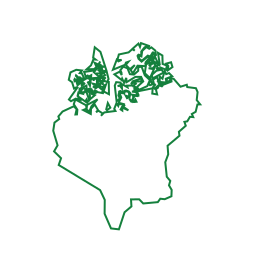 San Lorenzo, Valle, Honduras, rotated 154°
{"feature_id": "27666195B73827570061080", "entity_name": "San Lorenzo", "entity_type": "district", "adm_level": 2, "iso_a3": "HND", "parent_name": "Honduras", "parent_adm1": "Valle", "projection": "orthographic", "projection_center": [-87.426, 13.441], "detail": "fine", "context": "isolated", "style": "outline", "palette": "green", "viewbox_px": 256, "rotation_deg": 154, "n_neighbors": 0, "source": "geoboundaries", "source_scale": "gbopen_adm2", "svg_char_len": 6002}
<svg xmlns="http://www.w3.org/2000/svg" viewBox="0 0 256 256"><g transform="rotate(154 128 128)"><path d="M187.3,45.2L180.6,40.9L168.0,53.8L159.3,56.0L156.6,62.5L149.2,59.0L147.4,53.5L133.7,48.3L130.0,50.3L126.2,47.9L118.9,47.6L115.9,53.2L116.3,58.5L113.2,61.9L114.5,67.2L109.5,80.9L103.4,86.7L100.2,94.7L85.1,98.5L83.9,102.3L75.1,104.7L74.6,108.8L71.8,108.0L67.4,110.9L64.6,109.2L64.5,112.6L60.1,112.9L55.3,118.7L52.8,117.6L54.0,123.0L49.7,129.8L49.5,134.0L56.8,138.8L56.2,141.1L62.7,142.1L65.4,152.2L69.9,155.4L72.3,154.6L72.3,151.5L69.3,152.7L68.2,151.7L68.5,150.7L76.1,151.3L80.3,155.0L80.1,154.1L78.2,151.7L78.2,151.0L79.3,150.6L81.3,152.7L83.8,150.9L85.9,150.8L87.1,145.4L91.1,148.3L88.4,152.9L102.4,156.5L103.7,162.5L104.1,153.0L105.3,152.4L108.0,154.1L112.2,150.6L111.0,149.1L108.9,150.4L108.9,147.9L111.2,148.7L113.6,150.4L114.0,153.9L112.9,150.2L109.4,153.7L109.7,156.1L104.9,153.0L105.1,156.8L108.4,158.9L105.8,158.5L103.9,163.6L110.3,166.5L110.6,164.8L114.3,170.2L116.1,166.1L116.7,169.5L119.0,170.2L115.6,169.8L114.8,172.1L118.5,174.4L121.3,171.9L126.6,156.9L122.3,158.2L122.4,161.4L119.7,164.7L118.6,164.6L116.3,161.3L115.1,163.0L113.4,162.6L111.3,160.6L110.6,158.3L113.0,155.1L115.8,155.2L115.9,158.1L113.2,155.5L111.4,159.8L114.3,162.5L116.3,160.7L120.2,163.6L120.7,158.4L125.4,154.8L121.3,151.3L121.3,149.9L123.7,148.6L122.0,147.5L119.9,143.7L124.3,148.9L125.5,146.2L126.5,147.9L121.6,151.2L125.9,153.5L127.1,152.1L127.7,155.2L132.0,151.2L131.8,148.8L142.5,152.4L146.9,150.8L144.3,152.1L147.0,156.5L149.8,156.2L147.1,157.2L147.6,163.6L152.8,161.5L155.3,156.9L160.4,163.8L156.8,163.6L155.7,166.8L162.8,176.7L166.3,173.2L165.5,166.6L167.9,162.6L169.3,163.2L165.9,167.4L167.2,171.3L179.6,171.5L185.5,168.9L185.9,166.2L191.7,165.1L196.4,158.3L198.9,143.3L204.7,139.4L201.4,130.2L206.5,125.1L180.3,84.4L180.4,73.6L186.6,61.2L187.3,45.2ZM143.4,172.0L145.5,174.3L144.8,177.5L143.8,178.3L143.7,174.5L141.4,175.1L141.9,177.0L140.3,175.0L143.2,173.7L139.9,173.8L134.6,169.8L135.5,171.6L131.7,174.6L134.8,174.4L136.6,178.4L139.6,177.8L141.3,180.7L139.5,179.3L138.6,180.9L138.6,181.5L140.0,182.5L140.1,183.2L138.2,181.7L138.9,179.2L137.6,178.9L134.5,185.8L137.0,187.2L138.2,185.4L137.5,187.5L139.9,188.2L143.7,182.6L144.1,187.3L143.0,185.5L140.5,188.3L142.8,190.8L148.4,190.4L148.7,187.5L147.0,187.2L149.1,186.5L150.9,186.5L149.9,189.6L154.6,188.5L153.9,193.1L152.5,189.4L148.1,191.5L151.5,191.8L152.5,193.9L155.5,193.5L155.2,194.8L154.4,195.4L154.0,194.1L152.5,194.2L151.4,192.9L150.7,192.9L152.0,197.7L151.6,198.1L150.1,194.4L148.3,194.9L149.7,193.6L145.6,191.8L145.6,198.0L145.9,198.4L146.8,198.1L147.3,198.5L144.2,199.9L149.0,203.0L155.3,203.2L160.1,197.3L158.2,193.7L159.2,187.1L156.6,187.2L155.8,186.5L168.6,179.5L167.5,177.1L162.1,177.3L158.8,174.4L159.3,178.9L156.9,181.8L153.9,180.0L155.7,182.0L154.3,184.5L146.8,184.3L148.3,180.7L145.0,180.1L144.7,179.4L146.6,179.7L146.1,177.9L147.9,179.5L147.1,176.1L149.5,170.5L143.4,172.0ZM79.5,181.0L73.7,179.3L79.3,183.4L86.7,181.7L88.2,185.6L87.8,188.6L86.2,189.2L84.4,187.2L82.5,191.0L77.8,193.2L75.5,193.2L72.4,191.8L79.1,198.6L81.7,195.6L81.6,199.3L88.9,197.3L88.1,194.6L89.6,197.0L94.3,195.7L104.0,198.1L107.8,193.7L103.9,192.0L107.4,192.1L108.1,194.4L116.0,187.0L102.9,186.1L101.2,187.7L98.5,187.4L102.3,185.7L100.4,180.0L94.3,181.6L100.2,179.1L99.7,175.0L92.1,179.8L85.0,175.8L83.4,179.3L79.5,181.0ZM87.3,161.5L89.8,168.0L88.9,177.1L92.1,178.2L93.8,174.9L99.3,173.4L102.7,175.6L102.3,181.9L105.3,185.2L109.5,183.4L109.6,180.6L110.5,178.3L110.7,182.3L116.7,182.2L112.7,173.9L111.6,175.0L111.7,170.3L107.6,173.8L109.2,169.8L98.9,170.7L93.8,168.2L93.9,163.2L102.0,160.9L101.4,157.5L92.3,157.2L87.3,161.5ZM122.2,189.0L119.4,208.5L122.5,215.1L128.5,206.5L127.1,203.7L129.1,204.8L133.8,200.5L139.5,198.9L132.6,195.8L129.5,196.7L129.4,201.2L126.8,198.0L123.8,200.0L127.0,197.5L129.2,199.4L126.5,194.1L126.0,196.1L124.3,197.3L125.7,196.1L122.4,193.4L125.2,194.5L125.8,189.4L124.4,189.7L122.2,189.0ZM131.8,181.4L133.4,183.2L132.6,184.9L126.9,188.5L131.6,187.0L133.4,191.2L127.5,188.7L128.9,192.2L127.1,191.3L127.2,193.3L129.7,195.3L134.9,192.6L132.7,194.4L142.9,197.6L143.4,192.6L141.2,192.8L140.3,190.0L139.8,191.5L137.9,191.6L139.5,188.9L133.4,186.5L136.1,179.3L131.8,181.4ZM122.4,188.2L125.9,188.5L125.4,185.6L128.2,185.3L127.8,183.0L125.8,183.3L129.0,182.0L128.1,180.3L130.9,181.0L131.3,177.9L132.2,180.5L135.4,178.2L132.4,175.6L130.8,176.7L128.7,176.8L133.9,171.6L130.3,166.7L125.1,177.8L126.7,178.7L124.0,180.5L122.4,188.2ZM72.8,185.0L71.5,183.6L71.1,180.6L69.5,185.6L71.6,190.2L74.2,189.9L76.0,192.7L81.4,191.1L84.6,186.4L86.7,188.6L87.6,185.2L86.0,182.4L78.5,184.4L76.6,182.5L72.8,185.0ZM83.3,172.7L79.6,170.8L75.7,172.4L76.4,175.1L80.5,174.9L80.7,173.2L81.3,174.7L78.6,176.1L83.6,177.6L88.9,169.9L86.3,163.3L77.5,170.7L80.4,170.5L83.3,172.7ZM150.7,169.8L149.3,180.1L151.6,178.9L152.7,179.4L149.1,180.6L150.3,183.6L153.7,182.3L153.7,178.6L157.0,181.4L159.1,178.4L154.2,169.5L154.0,171.1L152.7,171.9L152.8,169.1L150.7,169.8ZM68.8,170.4L65.3,178.1L68.1,182.4L71.6,171.2L75.1,171.4L74.8,169.2L76.7,168.8L71.7,167.5L68.3,163.7L65.7,167.1L68.8,170.4ZM67.1,159.4L70.1,159.7L70.1,163.1L75.4,157.2L76.9,160.4L79.3,155.5L73.5,152.0L72.4,155.7L65.6,155.1L67.1,159.4ZM77.3,167.0L83.2,165.3L84.3,161.8L71.6,162.2L72.3,165.7L77.3,167.0ZM80.7,154.8L79.5,161.1L84.4,160.4L85.6,155.2L83.9,155.2L87.4,153.8L86.8,151.7L81.2,153.2L78.5,151.4L80.7,154.8ZM154.7,166.7L157.1,162.8L155.6,159.7L151.4,163.5L142.8,167.1L154.7,166.7ZM94.7,166.9L103.3,167.9L106.0,166.2L101.0,166.6L95.1,163.8L94.7,166.9ZM72.7,171.4L72.4,184.1L75.3,182.1L73.2,179.2L76.3,178.2L72.7,171.4ZM60.5,168.2L65.3,169.1L64.6,166.1L66.8,162.4L61.3,163.3L60.5,168.2ZM77.5,179.2L82.7,178.2L76.5,175.7L77.5,179.2ZM135.2,159.3L139.4,154.3L139.1,153.2L135.0,154.0L135.2,159.3ZM86.5,161.6L90.3,158.2L89.5,156.8L87.1,156.5L86.5,161.6ZM128.9,185.3L132.3,183.9L131.8,181.9L129.4,181.6L128.9,185.3ZM100.5,164.5L102.9,164.6L103.5,164.1L100.5,164.5Z" fill="none" stroke="#15803d" stroke-width="2"/></g></svg>